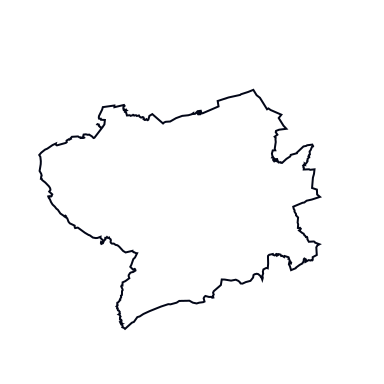 Strugari, Bacau, Romania, rotated 152°
{"feature_id": "2599482B25592261282665", "entity_name": "Strugari", "entity_type": "district", "adm_level": 2, "iso_a3": "ROU", "parent_name": "Romania", "parent_adm1": "Bacau", "projection": "robinson", "projection_center": [26.748, 46.532], "detail": "fine", "context": "isolated", "style": "outline", "palette": "ink", "viewbox_px": 384, "rotation_deg": 152, "n_neighbors": 0, "source": "geoboundaries", "source_scale": "gbopen_adm2", "svg_char_len": 5987}
<svg xmlns="http://www.w3.org/2000/svg" viewBox="0 0 384 384"><g transform="rotate(152 192 192)"><path d="M309.5,296.4L309.4,294.2L311.0,290.2L312.5,287.6L316.7,282.1L316.6,278.9L317.1,276.9L317.7,276.7L319.2,274.6L318.5,274.2L318.7,272.9L317.1,269.3L315.6,264.0L315.5,261.9L316.0,260.3L317.9,259.4L316.5,255.6L317.3,255.2L317.5,254.5L318.6,254.2L319.3,254.9L320.4,254.4L320.7,254.8L320.6,255.5L321.0,255.6L321.2,253.9L320.9,252.3L321.2,249.3L321.0,246.4L320.0,243.4L319.6,241.0L318.8,239.3L318.3,234.8L316.0,230.4L315.0,230.6L314.7,229.9L315.8,229.7L314.5,227.4L315.0,223.8L314.6,221.7L311.4,217.4L312.0,216.4L312.1,215.0L309.6,214.2L309.2,213.5L305.7,206.3L303.4,202.5L302.7,201.9L300.9,198.3L298.6,196.5L297.0,195.8L293.8,195.4L294.4,194.5L293.2,190.6L294.9,189.4L295.7,190.6L296.4,189.7L296.4,188.7L294.7,188.6L292.3,190.5L291.0,190.7L291.0,191.2L290.3,191.4L290.0,192.2L289.2,191.8L288.2,192.2L287.8,190.9L286.6,190.7L286.8,190.0L286.1,188.6L286.2,187.6L287.4,186.1L287.4,185.0L286.9,184.0L285.3,183.2L284.3,181.2L282.8,179.9L281.9,177.8L280.5,172.3L279.0,169.8L272.2,168.0L272.4,167.6L271.7,166.1L271.2,165.9L270.5,164.6L269.2,163.7L273.1,160.9L275.3,160.3L279.7,156.2L281.6,154.9L280.5,151.2L278.7,151.0L278.5,150.3L278.8,149.2L281.4,149.0L283.6,149.6L284.8,149.5L286.9,148.3L287.4,147.6L287.8,145.3L292.7,144.6L295.7,144.8L297.3,142.1L298.0,142.5L298.8,141.9L299.0,138.6L299.4,137.8L300.3,137.4L302.2,134.0L303.4,133.8L303.9,132.4L306.1,131.0L306.0,130.4L309.1,129.2L309.9,129.3L310.8,127.9L310.7,127.1L312.4,126.4L312.0,125.3L312.7,124.5L312.3,123.9L312.8,123.2L312.9,122.3L312.3,121.7L312.1,120.0L312.8,119.2L312.8,118.5L314.2,118.3L313.6,117.6L313.6,115.5L314.4,115.2L315.4,113.4L314.5,112.5L314.5,111.7L315.0,111.0L316.0,111.2L315.7,110.3L316.6,110.3L316.6,109.8L315.6,108.6L316.6,108.8L316.7,108.3L316.1,107.4L316.1,106.7L316.3,105.9L317.0,105.3L315.9,104.0L315.4,102.6L306.5,104.8L304.2,104.6L299.0,107.2L296.6,106.7L292.2,107.1L285.2,106.7L273.1,105.4L265.6,104.1L263.7,102.9L257.5,101.5L254.4,101.8L245.3,97.2L243.2,93.9L240.2,91.4L237.6,90.9L233.9,89.5L232.4,89.4L231.6,92.7L230.4,93.5L229.0,93.9L226.2,91.3L224.3,90.4L223.8,89.2L222.7,88.8L222.2,90.6L221.0,91.2L220.7,93.1L219.4,94.2L210.2,96.3L206.8,100.8L204.2,99.3L199.1,95.4L194.5,94.0L192.9,91.9L192.2,90.3L192.0,88.4L190.4,87.4L186.8,87.2L182.1,86.1L178.2,87.8L176.7,89.8L175.5,90.0L173.2,89.4L172.0,88.3L171.0,85.6L171.1,84.3L170.8,83.6L171.1,81.6L169.8,83.0L169.2,84.9L167.4,86.7L166.9,88.3L165.3,90.1L162.6,90.1L161.4,89.7L160.9,89.1L158.4,93.0L155.3,99.2L154.7,100.0L153.3,100.3L149.7,99.3L149.9,98.4L148.8,97.2L147.6,97.0L147.3,97.6L146.4,97.6L146.1,97.2L146.7,95.9L145.7,95.9L145.7,96.9L144.8,96.6L143.2,95.1L143.3,93.6L142.2,93.2L141.2,91.3L140.3,92.0L137.4,89.1L137.5,88.2L138.1,87.7L137.7,87.4L138.0,85.1L137.7,84.4L138.1,83.7L137.7,83.0L138.3,82.4L139.0,83.2L139.1,84.2L140.4,82.7L140.4,80.5L141.2,76.5L136.2,76.0L135.8,76.4L131.1,77.1L128.0,77.1L127.3,77.8L126.3,77.9L124.8,80.2L124.0,80.5L123.1,79.0L124.4,77.0L121.0,77.1L119.4,75.8L118.6,75.9L118.0,75.2L117.3,75.4L116.0,77.8L111.4,77.8L108.2,84.8L106.3,86.0L104.0,86.0L107.1,89.5L107.2,90.6L107.8,91.2L112.2,93.2L112.3,96.1L111.7,97.2L111.6,98.3L112.6,98.7L112.6,100.3L113.1,101.0L113.0,102.8L113.8,103.9L115.5,107.7L114.3,107.8L113.2,108.5L113.5,109.7L114.9,110.0L115.4,110.5L113.4,113.7L113.1,115.4L110.3,119.7L111.1,122.5L110.5,123.7L110.7,126.6L110.0,127.7L110.1,129.3L109.5,131.5L99.5,130.6L97.8,130.0L94.9,130.5L89.8,129.1L81.3,127.6L82.7,131.0L80.6,135.5L84.1,139.2L78.5,147.9L75.8,150.7L73.2,154.5L77.2,156.1L78.0,157.1L82.8,159.4L81.9,160.7L82.1,161.3L81.5,162.2L81.6,163.0L80.5,163.3L79.9,162.9L80.0,163.6L79.3,163.5L79.1,164.0L78.9,163.5L78.0,163.6L75.7,164.8L75.7,165.4L74.9,165.9L74.6,166.8L72.7,167.6L72.4,168.1L72.1,167.9L71.9,168.5L72.3,168.9L71.2,169.8L70.3,169.8L69.1,172.6L67.7,173.2L64.9,175.5L63.8,175.4L63.5,175.6L63.7,177.0L62.8,177.1L68.4,179.2L69.6,179.1L72.2,179.9L81.0,177.5L81.2,177.0L87.4,178.4L88.6,177.3L93.1,176.9L98.8,175.4L99.7,175.9L99.7,176.7L101.7,177.4L101.9,178.1L101.6,178.6L101.9,179.0L101.4,181.1L102.2,181.5L102.4,180.4L102.9,180.0L103.1,180.7L103.4,180.7L103.3,180.2L105.0,180.4L105.1,180.9L104.2,182.0L105.2,182.2L105.1,182.5L103.8,182.4L103.7,182.7L103.9,183.9L105.0,184.8L104.0,185.4L104.1,186.1L103.4,188.4L101.2,190.8L98.9,189.7L98.6,191.4L94.6,196.8L93.4,199.7L92.7,200.4L93.1,202.0L89.7,202.5L90.0,205.5L89.1,206.5L85.8,206.1L79.0,203.5L80.1,207.6L80.7,216.6L76.8,218.3L84.1,227.5L85.3,229.9L86.9,229.8L87.8,243.3L89.5,247.1L89.9,253.4L95.6,254.0L102.8,255.3L103.9,255.1L115.3,258.3L126.6,260.3L128.4,255.1L145.4,256.5L147.6,257.1L148.3,256.8L150.1,257.7L150.2,258.3L148.4,258.7L146.4,258.2L146.1,259.6L149.1,260.7L152.6,259.6L154.3,260.3L153.9,261.0L156.0,260.8L159.2,261.5L164.9,263.8L171.4,264.7L178.2,264.5L182.2,266.3L183.8,266.5L185.4,266.1L190.5,279.4L193.9,279.2L196.5,276.4L197.4,276.2L197.7,276.4L198.0,277.7L199.6,277.6L200.0,277.9L200.5,279.1L200.0,279.2L199.8,280.6L200.3,281.3L202.0,281.6L202.9,283.1L202.9,284.5L205.0,285.0L205.4,286.1L207.2,286.6L207.4,287.5L207.8,287.8L208.3,287.6L210.5,288.1L210.9,289.0L213.5,290.1L212.9,293.0L213.6,294.2L213.1,294.7L211.5,294.7L211.9,295.3L211.7,295.7L213.8,296.3L213.8,296.8L213.2,297.3L213.4,298.0L212.7,299.2L211.1,299.7L211.2,300.8L220.7,303.3L219.9,304.8L230.9,308.8L232.6,307.0L238.5,302.7L239.5,301.2L239.6,300.3L238.1,299.5L238.4,298.5L235.1,296.5L237.6,292.8L240.9,291.1L241.8,291.5L242.8,293.0L242.9,294.7L242.6,295.3L243.6,296.3L243.8,296.2L242.8,295.4L243.2,294.1L242.5,291.9L241.1,291.0L252.7,285.7L253.6,285.9L254.2,288.0L255.9,291.0L257.0,291.3L258.7,292.8L260.7,293.6L262.1,292.1L261.7,290.6L262.3,290.6L264.9,291.9L264.6,292.5L265.8,293.2L266.6,294.6L272.1,297.1L273.9,296.5L273.9,295.8L275.8,295.8L276.0,296.4L278.3,296.3L278.8,296.1L279.2,294.8L280.4,294.6L289.4,296.6L289.9,297.5L289.9,298.3L289.5,298.7L293.1,298.9L299.4,298.2L301.9,298.4L306.7,297.5L309.5,296.4Z" fill="none" stroke="#020617" stroke-width="2"/></g></svg>